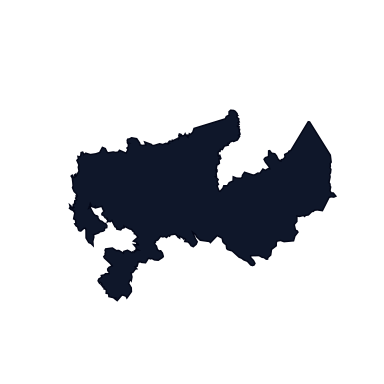 outline of Ixcamilpa de Guerrero, Puebla, Mexico, rotated 135°
{"feature_id": "50627088B64482262192688", "entity_name": "Ixcamilpa de Guerrero", "entity_type": "district", "adm_level": 2, "iso_a3": "MEX", "parent_name": "Mexico", "parent_adm1": "Puebla", "projection": "equal_earth", "projection_center": [-98.671, 18.028], "detail": "fine", "context": "isolated", "style": "filled", "palette": "ink", "viewbox_px": 384, "rotation_deg": 135, "n_neighbors": 0, "source": "geoboundaries", "source_scale": "gbopen_adm2", "svg_char_len": 6101}
<svg xmlns="http://www.w3.org/2000/svg" viewBox="0 0 384 384"><g transform="rotate(135 192 192)"><path d="M60.1,159.5L92.6,151.5L94.7,152.3L95.9,151.7L99.9,153.0L101.5,150.9L104.2,150.6L106.0,151.7L107.3,151.0L107.9,152.4L107.9,154.5L106.7,157.9L106.4,160.5L108.3,163.2L107.8,166.3L108.7,166.9L112.9,162.9L115.8,164.4L117.9,164.2L118.9,161.2L119.6,155.3L120.6,153.5L121.5,154.6L124.9,155.5L125.6,158.1L130.6,157.2L132.2,158.9L135.6,159.8L136.9,160.9L140.9,168.8L144.5,168.1L146.3,166.8L147.9,167.3L150.7,170.3L152.1,173.6L155.2,170.7L159.0,172.3L162.6,171.4L165.1,173.9L167.5,172.8L171.7,172.6L172.1,173.1L171.9,174.4L169.8,178.8L167.9,178.7L167.0,181.5L164.7,182.3L164.6,186.2L163.8,185.6L161.6,188.3L159.8,188.8L160.0,190.2L159.6,190.6L158.7,189.9L158.3,191.4L155.0,193.8L154.5,193.1L152.4,192.9L149.5,196.4L148.9,196.3L148.7,195.3L147.9,195.3L146.4,198.3L147.9,198.4L147.9,199.1L145.5,201.6L144.2,201.7L143.5,200.9L141.7,202.1L140.6,200.6L136.6,201.6L133.2,199.5L132.2,201.0L131.3,200.1L130.0,200.5L127.2,199.4L126.9,198.3L123.1,196.7L118.8,197.8L118.9,199.2L117.1,198.9L115.8,201.4L114.0,202.7L114.2,203.9L112.6,204.7L113.5,206.1L113.2,206.6L110.9,206.5L110.5,208.5L109.1,208.1L108.6,209.7L107.2,210.6L107.4,212.9L106.9,213.7L105.5,213.7L105.6,214.6L104.7,215.5L104.4,218.6L104.9,220.2L106.8,222.5L109.0,222.6L111.5,220.1L114.3,221.1L116.7,220.2L145.6,235.5L149.2,233.7L152.4,233.8L152.7,235.1L154.1,234.2L154.6,234.9L155.9,233.9L155.6,235.3L156.2,234.9L156.3,236.5L155.7,238.0L157.4,237.5L159.2,238.3L159.1,240.5L159.9,242.0L161.3,241.3L160.6,239.5L162.3,240.2L163.1,239.1L163.8,239.9L164.6,239.2L165.1,240.3L169.1,241.7L169.3,242.4L170.0,241.8L172.0,243.9L173.0,243.8L173.4,242.6L174.4,243.6L174.9,243.0L176.1,244.9L179.1,246.2L180.8,249.0L185.9,251.7L187.2,253.0L187.1,254.4L190.1,260.8L191.4,257.9L194.0,259.8L195.4,262.0L194.4,263.7L193.4,268.8L196.4,273.1L198.8,273.8L200.0,274.8L201.2,274.4L202.6,272.6L202.1,271.3L203.0,272.0L203.4,270.4L205.3,268.9L206.9,269.1L207.3,267.2L211.2,266.1L213.8,272.8L215.9,272.4L218.0,273.9L219.4,276.0L223.7,279.1L223.8,280.7L222.6,284.0L223.8,286.9L229.4,285.2L233.0,287.0L237.4,290.3L239.7,294.6L242.0,294.9L241.1,297.5L242.5,298.3L244.9,296.4L246.5,296.2L247.5,297.8L248.8,295.8L251.0,295.8L252.8,291.1L254.8,290.0L257.1,286.7L262.8,285.1L263.0,286.1L261.9,286.9L263.2,287.1L263.9,285.5L265.0,285.4L266.0,286.3L265.2,286.8L264.8,288.6L266.2,288.7L266.7,286.6L269.5,283.0L271.8,280.3L273.4,279.6L275.0,275.7L274.9,272.9L275.8,270.4L276.8,271.1L277.2,270.0L278.6,270.0L279.0,268.1L281.0,268.7L282.5,267.5L282.7,266.5L284.7,267.1L286.3,265.8L286.4,264.6L288.1,265.1L287.7,266.2L288.3,266.8L287.5,267.7L287.6,269.3L289.1,266.9L289.7,266.7L290.2,267.8L289.9,264.9L288.6,261.9L289.3,262.0L289.6,260.1L294.7,256.7L294.1,254.8L296.3,251.8L297.4,252.4L297.9,250.0L297.5,248.2L299.1,245.3L299.1,244.3L298.2,243.0L294.4,242.8L293.1,241.8L293.6,240.3L299.4,234.4L300.7,229.2L299.8,227.0L299.8,224.0L297.0,227.3L293.3,229.5L291.9,231.4L286.8,229.0L285.6,229.2L282.5,227.2L281.0,226.9L279.3,228.2L277.5,227.1L276.0,228.3L275.4,230.8L276.2,231.8L276.5,235.2L277.2,236.1L277.4,237.6L277.0,239.9L275.9,241.3L276.1,242.5L276.9,243.5L277.1,246.0L275.0,252.9L276.6,253.5L275.0,254.2L274.7,253.3L274.1,253.4L273.2,255.1L272.0,255.8L273.1,252.4L272.0,250.4L270.7,250.3L271.6,249.1L265.9,245.7L267.5,242.0L267.4,240.6L270.8,240.5L271.8,239.6L271.1,237.8L271.6,235.0L270.6,233.3L271.4,232.9L271.1,232.4L271.8,231.4L273.0,230.7L271.8,230.3L270.8,228.8L268.8,228.5L271.0,221.9L270.5,220.5L271.4,218.9L269.2,215.6L267.1,215.9L265.8,215.0L264.5,215.8L264.8,214.8L263.8,214.9L262.2,209.9L261.1,208.3L261.5,206.4L261.2,204.3L262.3,203.3L261.7,202.2L262.1,198.3L268.2,198.7L266.7,195.6L267.4,194.7L266.9,193.2L267.3,192.5L270.4,196.2L270.7,192.2L271.7,191.2L271.0,188.8L273.0,190.7L273.8,190.0L274.4,191.1L275.7,190.3L276.3,191.6L277.3,191.5L278.8,196.4L282.2,198.2L283.7,197.1L285.1,202.4L287.0,204.1L287.9,208.7L293.3,212.8L294.7,212.3L295.4,210.8L297.3,209.7L297.7,208.8L300.1,208.7L300.6,207.2L300.3,199.7L300.6,196.2L304.0,197.4L306.1,197.2L307.2,195.8L307.2,194.0L308.5,193.0L310.9,195.4L312.6,195.4L315.2,197.1L316.1,195.5L319.4,196.4L321.2,195.6L321.9,192.9L320.7,192.9L320.5,191.3L320.9,190.6L322.0,191.5L321.6,190.6L322.1,187.6L321.4,186.9L322.7,185.7L321.9,184.3L322.0,183.1L324.3,181.1L322.9,179.0L324.7,176.8L321.1,171.0L322.1,171.3L321.7,168.1L314.7,168.7L313.7,167.9L312.3,164.9L313.0,163.1L305.3,164.4L302.7,167.2L301.4,172.3L298.5,173.5L297.4,173.0L297.6,172.3L294.5,174.4L292.4,177.9L290.7,177.0L286.4,177.6L285.4,176.8L285.2,179.3L283.3,178.3L279.2,180.7L278.6,179.6L278.0,179.8L277.5,178.0L274.9,174.8L270.0,175.9L269.2,175.6L268.8,174.2L267.3,173.2L266.6,170.6L264.1,167.6L258.8,166.5L257.8,166.8L256.1,169.8L255.7,172.6L256.9,173.5L257.2,175.7L255.4,179.0L255.5,180.4L254.6,182.6L253.4,182.3L252.6,183.3L250.2,182.3L245.5,182.9L244.4,180.9L242.7,179.9L242.2,177.9L239.3,177.8L239.1,176.6L237.6,177.0L233.3,173.8L233.7,172.2L233.2,171.4L233.8,170.4L233.4,168.1L232.0,169.5L231.0,166.4L231.1,164.6L230.5,165.0L229.9,164.0L230.0,163.0L232.1,162.1L230.2,159.7L230.0,157.6L230.6,154.7L229.8,152.4L226.1,152.1L223.5,153.1L222.7,156.5L220.0,162.9L219.5,159.6L220.4,156.9L220.3,152.1L214.6,144.6L214.8,143.2L205.0,143.4L203.3,138.0L205.4,134.9L205.5,132.5L205.0,130.7L207.5,127.4L207.4,125.9L205.2,121.9L204.8,112.6L203.7,110.1L203.4,107.5L201.8,103.8L202.1,98.9L201.2,97.2L199.8,96.5L198.0,97.0L197.0,100.1L196.9,104.2L195.6,105.5L189.5,99.6L188.6,96.3L187.4,94.7L187.0,92.0L186.0,91.1L184.8,92.0L180.9,91.8L176.4,95.2L170.5,94.4L168.2,96.6L166.6,97.2L163.6,95.1L162.0,91.8L154.7,85.7L150.4,88.1L145.5,88.7L145.1,89.9L145.8,91.9L142.8,96.7L138.7,97.0L134.8,100.9L133.4,98.8L129.9,96.7L129.6,95.1L128.4,95.3L125.9,93.5L121.2,93.5L119.9,92.5L118.3,92.5L116.0,90.7L113.0,86.6L98.8,91.3L97.0,90.2L95.3,88.1L93.2,87.3L92.8,91.4L94.3,93.0L93.4,95.5L90.4,97.5L90.3,98.4L88.8,100.1L88.4,101.9L83.7,105.0L82.0,107.4L80.7,107.5L77.8,109.8L77.2,111.8L76.0,112.3L74.3,114.4L72.5,114.7L68.1,120.3L59.3,158.4L60.1,159.5Z" fill="#0f172a" stroke="#020617" stroke-width="1.5"/></g></svg>